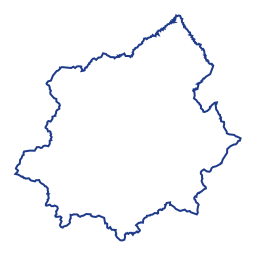 the district of Nyamagabe, Southern, Rwanda
{"feature_id": "39286606B14277660644276", "entity_name": "Nyamagabe", "entity_type": "district", "adm_level": 2, "iso_a3": "RWA", "parent_name": "Rwanda", "parent_adm1": "Southern", "projection": "orthographic", "projection_center": [29.511, -2.4], "detail": "fine", "context": "isolated", "style": "outline", "palette": "blue", "viewbox_px": 256, "rotation_deg": 0, "n_neighbors": 0, "source": "geoboundaries", "source_scale": "gbopen_adm2", "svg_char_len": 5740}
<svg xmlns="http://www.w3.org/2000/svg" viewBox="0 0 256 256"><path d="M201.5,48.5L199.9,46.5L200.7,44.7L198.8,43.8L198.3,44.4L196.9,44.4L196.1,43.7L196.1,43.0L195.0,42.8L195.1,42.0L193.9,41.2L194.2,40.1L193.3,39.7L193.8,39.3L192.8,39.0L193.2,38.5L191.5,37.2L192.3,35.9L189.8,34.9L190.4,34.6L190.0,32.5L189.1,32.4L187.1,29.4L185.5,28.3L185.3,27.1L184.4,26.4L184.0,26.7L183.8,25.5L184.2,25.2L183.1,24.4L183.3,23.0L182.2,22.5L181.8,20.8L182.3,18.9L181.1,18.5L180.2,15.9L178.9,15.5L177.3,16.1L176.2,15.5L175.6,17.8L174.7,17.6L174.2,18.2L175.2,19.8L174.3,20.5L173.5,20.5L173.3,19.7L172.5,20.0L173.4,21.7L174.5,22.2L172.8,22.5L172.2,21.7L171.4,22.8L170.8,21.7L169.5,23.9L167.7,24.3L166.9,25.4L165.5,26.0L165.5,26.9L164.3,27.6L164.5,28.5L163.6,28.1L163.2,29.0L162.4,28.8L162.6,29.9L161.0,29.4L160.4,31.1L159.6,30.5L158.4,30.6L157.4,32.2L158.4,34.6L157.0,33.8L156.7,32.8L155.9,33.9L155.6,36.2L153.5,35.5L153.2,35.8L152.7,35.1L152.0,36.1L151.0,36.3L151.0,37.0L148.0,37.9L146.9,39.3L147.1,39.8L145.8,38.3L144.1,38.6L143.6,40.5L142.0,42.4L142.3,43.1L141.8,43.7L140.4,44.7L139.3,44.6L137.2,47.6L135.4,47.9L134.9,49.2L133.4,49.8L133.6,50.4L132.6,52.7L133.3,53.7L132.0,56.2L131.4,55.5L130.3,57.0L129.2,56.0L125.6,56.0L124.3,53.5L122.6,54.6L121.4,54.7L120.7,55.9L119.7,55.2L119.3,55.8L118.1,55.7L118.8,56.9L116.5,57.0L114.6,58.3L114.0,57.2L110.3,57.1L109.7,56.4L107.0,55.2L106.2,54.1L103.1,53.3L101.4,56.8L99.9,57.6L98.5,57.5L96.2,59.8L94.2,58.4L92.9,58.8L91.3,60.5L91.4,61.3L90.8,61.4L90.3,62.4L89.1,63.2L89.4,64.0L88.3,64.6L87.1,66.8L86.4,67.0L86.5,67.6L85.2,67.9L84.6,69.1L84.7,70.2L83.6,70.7L81.7,71.0L82.3,69.8L81.0,67.4L81.2,66.6L80.0,66.3L77.0,66.4L75.1,68.0L73.3,66.7L71.1,68.0L62.0,67.1L60.8,67.8L60.0,67.6L59.8,69.1L57.9,70.7L56.7,71.0L53.0,75.5L50.9,80.6L48.2,81.3L46.8,83.0L46.5,83.6L47.2,84.6L49.1,85.6L49.9,88.1L49.7,89.2L50.9,90.7L50.2,92.4L50.5,94.1L54.1,98.2L56.3,98.9L56.4,101.5L59.3,103.7L59.9,105.5L59.0,106.7L59.4,108.7L56.9,110.2L56.2,111.4L56.0,113.3L55.1,115.1L55.4,115.8L52.4,116.7L52.5,118.8L50.6,121.6L48.6,121.0L47.9,121.4L47.2,122.6L47.5,123.7L45.5,127.2L45.6,127.9L47.3,129.0L48.0,131.4L49.7,131.2L50.5,131.8L50.5,133.3L51.2,134.1L50.5,135.5L51.7,137.1L50.6,139.2L51.3,140.1L49.7,140.9L49.8,143.7L48.4,146.2L45.0,145.6L43.2,146.2L42.2,147.6L40.8,148.0L39.2,147.1L36.9,147.1L34.7,150.7L29.8,150.6L24.1,151.5L23.5,152.9L23.7,154.9L22.5,155.4L21.6,158.0L20.2,159.7L19.7,163.8L17.6,165.3L16.2,167.7L15.9,168.6L18.0,170.4L17.5,171.8L15.4,174.0L18.2,174.6L22.4,177.1L22.8,176.7L24.0,178.1L24.6,177.9L25.6,178.6L28.9,178.3L30.8,180.4L35.0,181.4L35.8,180.3L39.2,180.1L40.0,182.1L41.3,183.3L43.7,184.6L44.9,186.2L46.0,186.4L47.8,188.4L47.7,190.5L48.2,192.0L47.3,193.8L48.7,194.1L48.2,194.7L48.7,198.6L47.6,199.6L47.9,200.5L45.9,203.9L45.9,205.4L46.9,205.6L49.8,204.7L51.4,206.1L53.4,206.2L54.6,205.5L57.2,206.7L57.8,208.5L56.8,210.7L56.1,211.3L56.5,214.3L55.3,215.5L55.4,216.3L56.1,216.9L60.4,216.5L61.5,217.5L60.3,219.7L61.6,221.2L59.9,225.1L60.9,226.9L62.7,227.6L63.4,226.6L66.8,225.6L69.5,223.4L70.0,222.2L69.6,221.3L70.0,219.3L70.7,218.5L70.6,214.9L71.5,215.2L73.5,214.4L76.9,214.4L78.1,215.0L78.1,215.7L80.1,216.8L81.8,215.8L83.1,215.8L86.2,214.0L90.7,214.3L90.9,215.6L92.5,216.5L95.8,217.0L98.7,215.6L104.2,217.9L105.1,223.4L106.2,223.2L107.2,223.8L107.2,227.5L108.7,228.4L110.2,227.1L111.6,229.7L115.7,230.0L115.4,231.0L116.3,233.9L115.7,235.0L117.0,237.3L120.3,240.2L122.0,240.5L124.4,239.7L125.1,236.9L124.8,235.0L125.8,233.5L126.6,233.7L127.3,233.0L128.4,233.9L129.7,232.8L131.3,232.8L132.0,233.4L132.4,233.2L132.3,234.2L132.9,234.8L133.8,233.3L135.8,232.5L136.5,231.6L137.2,231.5L138.0,232.4L139.6,231.1L139.9,230.2L139.3,229.3L138.6,228.9L137.7,227.0L136.0,225.2L138.8,222.8L139.9,222.9L140.8,222.3L142.9,222.7L143.3,219.7L144.6,217.9L146.6,217.1L146.9,215.8L150.1,215.4L150.3,214.9L152.6,214.5L154.5,213.1L156.7,213.1L157.4,213.6L158.1,213.3L158.1,210.9L158.9,210.0L160.2,209.4L161.3,210.1L162.3,209.9L162.6,208.8L163.8,208.7L164.9,207.8L165.4,205.7L165.1,204.9L165.9,204.8L166.6,203.0L170.1,202.4L170.0,204.9L170.9,204.8L174.3,207.1L175.6,208.8L180.1,211.0L184.8,209.6L187.0,211.5L189.7,211.0L190.7,212.2L196.8,214.4L197.8,212.8L197.4,210.1L198.1,206.0L198.7,204.9L197.9,203.5L196.2,202.4L195.2,199.7L194.5,199.3L194.2,197.8L195.2,196.4L196.4,196.8L196.5,195.4L197.8,193.2L199.1,193.1L199.0,192.7L200.8,191.9L204.7,188.8L205.9,188.5L205.7,187.0L203.4,185.1L201.8,181.7L201.6,180.7L202.5,178.4L202.0,177.7L202.1,175.3L200.9,173.8L200.8,172.2L201.7,170.9L204.0,169.4L206.8,171.4L209.4,171.7L210.4,171.2L211.6,168.2L212.9,167.1L216.3,166.2L220.2,164.1L220.7,163.2L221.5,163.3L222.7,159.6L227.1,152.8L227.2,149.1L230.4,146.2L233.9,144.5L235.6,144.4L237.0,143.2L238.3,140.9L239.8,140.7L240.6,138.3L236.9,136.5L236.1,136.5L234.1,134.9L229.0,134.3L226.8,133.3L226.7,131.7L223.7,126.8L224.2,124.2L224.0,122.0L221.1,121.3L220.9,118.9L220.1,118.6L221.0,117.5L219.9,115.8L220.0,114.9L218.8,114.3L217.6,111.3L216.2,109.5L215.6,104.7L216.5,103.9L216.9,102.4L214.6,102.8L211.4,105.6L210.5,107.3L209.9,107.1L209.7,108.9L207.2,111.0L204.4,112.0L203.3,111.7L203.0,110.0L200.9,108.3L201.0,105.9L200.1,104.6L199.5,104.5L199.2,103.3L197.8,102.3L196.1,99.9L194.0,98.5L194.7,95.4L194.4,92.2L193.4,91.0L193.8,90.8L193.3,90.6L193.6,89.3L195.8,89.2L196.1,88.6L196.9,89.3L197.5,89.0L198.4,84.8L197.9,84.5L198.4,84.0L197.9,83.9L198.8,83.5L198.5,83.2L201.4,82.1L201.4,81.0L202.4,80.7L202.3,80.0L203.5,78.4L204.2,78.6L205.8,76.8L210.2,74.1L213.3,65.7L212.0,64.1L211.7,64.5L211.0,63.8L209.6,63.8L208.5,62.6L208.4,61.2L207.0,60.8L207.4,60.2L206.1,59.7L205.7,58.1L205.2,57.9L205.5,56.5L205.0,56.5L205.4,55.6L204.9,55.3L205.4,55.2L204.5,53.8L204.1,50.6L203.2,49.1L202.6,49.4L202.7,48.9L201.5,48.5Z" fill="none" stroke="#1e3a8a" stroke-width="2"/></svg>